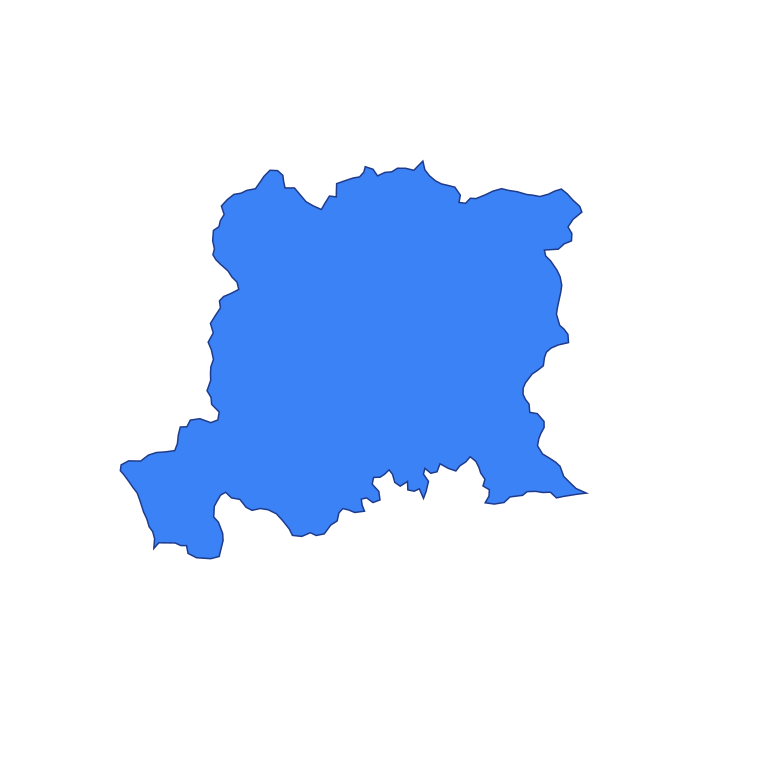 Sarapuí, São Paulo, Brazil, rotated 120°
{"feature_id": "56859067B6054851869048", "entity_name": "Sarapuí", "entity_type": "district", "adm_level": 2, "iso_a3": "BRA", "parent_name": "Brazil", "parent_adm1": "São Paulo", "projection": "mercator", "projection_center": [-47.776, -23.649], "detail": "fine", "context": "isolated", "style": "filled", "palette": "blue", "viewbox_px": 768, "rotation_deg": 120, "n_neighbors": 0, "source": "geoboundaries", "source_scale": "gbopen_adm2", "svg_char_len": 3267}
<svg xmlns="http://www.w3.org/2000/svg" viewBox="0 0 768 768"><g transform="rotate(120 384 384)"><path d="M132.3,303.3L130.2,312.7L127.7,320.4L126.5,327.9L131.7,332.7L137.4,336.5L143.7,342.7L146.0,349.3L148.5,355.1L150.9,364.8L154.2,373.4L156.0,379.8L162.6,386.2L169.4,390.8L177.4,397.0L180.0,402.1L186.7,403.7L189.3,409.8L182.3,412.3L178.1,421.1L180.1,428.1L182.0,434.3L182.3,441.1L180.9,448.9L178.0,455.8L171.5,461.8L178.3,463.6L184.0,465.0L186.4,473.2L190.4,480.2L196.4,483.4L200.3,489.0L207.0,493.7L203.5,500.9L205.2,508.9L210.5,507.4L216.9,508.7L220.9,513.6L227.3,519.3L234.2,525.2L240.7,521.7L245.8,518.9L248.5,525.2L256.5,525.5L264.2,525.5L265.1,533.9L265.1,542.7L261.7,552.2L259.0,559.6L263.7,567.7L258.8,572.2L253.9,575.9L252.4,582.8L255.9,589.6L264.2,591.8L270.6,592.2L279.2,593.0L284.9,599.6L290.2,603.2L294.9,608.8L302.6,611.9L311.2,613.8L317.1,607.2L324.4,607.4L330.3,605.6L336.3,608.5L345.6,604.0L351.8,598.4L357.6,596.8L360.4,591.8L362.1,585.4L364.1,575.6L367.5,569.0L369.3,562.2L374.7,557.1L382.5,562.1L388.4,566.6L394.2,568.1L399.9,563.7L409.0,564.3L418.3,564.6L425.1,557.4L435.7,557.2L440.8,550.5L448.0,544.0L455.8,542.5L461.7,539.5L467.5,535.9L478.3,533.9L482.1,527.1L487.8,523.1L490.7,512.7L498.2,509.9L504.1,514.7L506.1,526.1L512.1,533.7L519.6,533.3L523.1,538.9L530.8,536.7L539.0,533.1L546.3,531.9L552.2,539.5L557.1,546.8L563.4,552.5L572.4,556.2L578.3,566.8L585.5,571.2L590.9,569.0L592.7,563.7L596.0,556.2L599.3,549.3L601.7,543.4L606.1,538.1L610.3,533.4L614.9,528.4L619.6,521.7L625.0,516.1L627.5,510.5L632.7,505.3L641.5,501.1L634.1,499.6L630.7,493.6L626.1,485.4L625.5,479.2L622.7,474.2L628.7,469.0L628.2,459.5L621.9,446.7L615.8,440.5L607.3,443.0L600.0,445.1L594.1,449.0L590.0,454.0L586.5,458.3L584.3,465.0L574.8,469.8L569.1,470.0L562.0,470.0L556.9,467.0L558.9,459.2L556.0,451.1L559.7,441.8L559.4,435.1L553.7,428.9L550.8,421.4L550.2,412.3L552.9,403.7L556.9,393.6L560.9,387.6L557.1,379.0L549.6,373.4L549.1,367.0L543.7,360.8L532.8,359.6L526.0,356.1L518.2,358.6L512.5,357.4L510.8,351.7L509.9,345.1L503.9,337.3L499.9,342.3L495.1,346.1L491.3,342.1L492.2,334.3L486.4,329.5L479.6,334.8L476.7,344.1L470.1,346.3L466.7,340.8L461.7,338.3L455.8,336.7L458.0,331.4L463.8,325.5L464.4,318.9L456.7,314.9L463.8,310.4L461.7,304.2L457.1,301.0L463.3,292.6L456.1,293.8L446.1,296.8L442.3,304.8L436.6,306.4L437.9,298.8L433.5,294.2L425.1,295.6L424.9,286.1L423.4,278.3L416.9,277.4L410.5,274.2L403.9,273.0L405.1,265.7L408.8,260.1L412.8,255.7L416.0,248.9L422.8,247.3L422.9,239.9L428.6,237.0L436.3,237.0L432.8,228.4L426.6,220.8L418.8,218.4L411.1,208.3L405.6,206.2L401.1,198.9L398.6,192.3L394.5,185.8L396.4,177.7L391.4,172.1L382.7,161.4L377.3,154.2L378.5,165.4L376.7,172.7L374.2,182.1L367.3,190.3L365.9,196.1L365.5,203.3L365.3,211.8L360.7,220.2L354.0,222.6L348.7,223.4L341.6,223.6L336.4,226.7L333.0,236.4L335.7,243.6L328.9,248.3L326.6,253.9L323.3,258.5L317.8,261.5L312.0,262.1L301.2,260.7L295.5,257.9L288.6,255.1L280.7,258.3L275.4,259.3L269.4,257.3L263.0,252.6L255.9,244.9L249.1,249.5L246.5,255.5L245.4,261.1L237.3,269.6L230.8,272.1L215.6,277.0L209.5,279.5L203.0,285.2L198.9,291.2L194.1,301.2L192.3,308.0L187.8,312.1L180.1,300.5L172.5,298.0L166.3,293.2L159.7,296.6L156.0,303.2L146.8,302.6L136.2,298.6L132.3,303.3Z" fill="#3b82f6" stroke="#1e3a8a" stroke-width="1.5"/></g></svg>